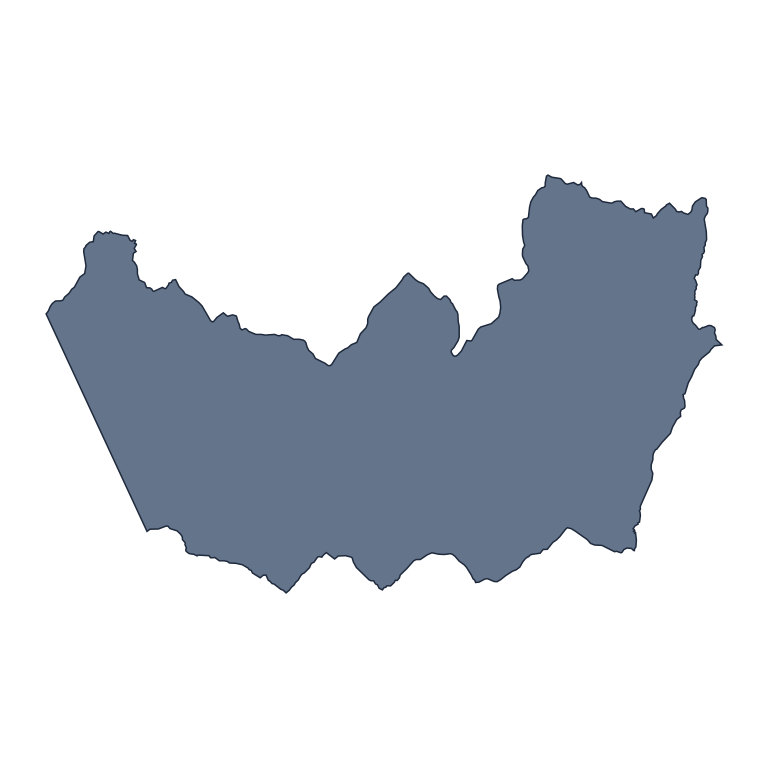 the district of Calima, Valle del Cauca, Colombia
{"feature_id": "7082276B94395141643556", "entity_name": "Calima", "entity_type": "district", "adm_level": 2, "iso_a3": "COL", "parent_name": "Colombia", "parent_adm1": "Valle del Cauca", "projection": "equal_earth", "projection_center": [-76.599, 3.955], "detail": "fine", "context": "isolated", "style": "filled", "palette": "slate", "viewbox_px": 768, "rotation_deg": 0, "n_neighbors": 0, "source": "geoboundaries", "source_scale": "gbopen_adm2", "svg_char_len": 6109}
<svg xmlns="http://www.w3.org/2000/svg" viewBox="0 0 768 768"><path d="M581.5,182.5L580.2,184.2L578.9,184.7L577.7,184.9L573.6,182.5L567.2,184.2L565.2,183.5L561.3,179.1L560.2,178.5L551.8,177.2L548.0,175.1L546.5,176.1L545.2,183.0L545.2,186.0L544.1,187.3L541.5,187.9L537.8,190.5L535.4,194.9L533.4,197.1L530.9,201.7L529.6,206.9L528.4,217.4L526.6,218.7L524.1,219.0L523.0,219.7L522.3,225.7L522.5,235.4L523.6,242.0L524.6,244.9L524.6,245.8L522.7,249.2L522.4,254.6L522.7,256.7L526.0,263.7L527.9,265.9L528.8,270.7L527.7,272.8L522.5,278.8L520.2,280.0L514.4,280.3L512.2,278.7L498.8,284.3L497.7,285.7L497.4,289.0L498.9,297.2L500.1,301.1L500.7,307.5L499.9,313.3L498.6,317.2L491.3,323.7L480.7,327.0L478.2,329.3L472.1,340.1L470.9,341.0L466.8,340.5L461.4,351.0L457.7,355.0L455.9,356.1L454.1,356.1L452.8,355.0L451.1,351.9L451.5,350.1L454.0,347.4L458.0,340.8L459.2,337.2L459.2,326.4L458.2,321.5L457.9,314.4L457.1,311.7L455.9,310.4L452.4,303.6L451.1,302.6L450.0,299.8L446.5,296.1L444.1,296.1L440.6,299.5L437.7,298.7L434.6,296.3L430.6,291.9L428.7,288.4L426.5,286.4L423.4,283.7L418.5,281.8L415.6,279.8L408.8,273.2L407.8,273.3L403.7,277.0L402.0,280.0L395.9,287.8L388.4,293.9L380.2,302.0L373.9,306.9L368.6,316.5L367.7,319.2L367.7,323.5L366.1,327.7L360.4,333.8L356.8,342.4L351.3,344.7L347.7,347.9L345.0,349.0L338.8,353.1L331.8,364.3L330.3,365.6L328.1,365.6L325.3,363.4L315.4,358.5L313.0,354.0L308.7,350.3L306.9,346.5L306.0,343.0L304.9,341.2L303.2,340.1L299.4,339.3L293.7,339.3L287.6,335.7L281.6,334.7L280.4,335.6L278.1,335.7L274.5,334.4L265.3,335.1L261.2,334.4L255.9,334.4L248.7,331.4L246.4,329.0L245.1,328.6L242.0,329.9L240.1,328.3L239.0,323.6L238.1,322.0L236.5,316.4L236.0,315.8L232.5,314.9L227.5,316.3L223.3,312.8L217.0,317.4L213.5,321.6L212.1,321.7L210.6,320.7L202.1,306.0L198.9,302.6L191.9,296.9L185.2,294.1L183.3,291.2L179.0,286.6L175.6,279.6L172.6,280.2L171.4,282.4L169.0,283.1L168.5,284.9L165.9,288.5L165.0,288.7L162.4,287.4L154.0,291.3L152.8,291.0L151.8,289.2L150.0,287.9L146.6,287.7L144.6,282.5L139.2,279.9L137.4,273.9L137.4,269.5L136.7,265.9L134.3,262.1L132.5,260.5L133.4,253.3L136.1,251.5L134.2,248.4L136.4,244.7L136.3,244.0L134.6,243.4L135.6,240.5L133.3,239.7L132.7,241.0L131.8,241.2L130.0,240.1L127.6,235.5L122.2,235.2L114.5,233.2L113.2,233.4L110.6,231.3L109.9,231.6L108.9,233.4L105.9,232.1L103.1,234.0L98.8,231.5L98.0,231.6L94.1,235.9L93.3,241.6L89.6,242.3L85.9,245.6L85.9,246.4L83.9,248.8L83.7,251.8L86.0,265.8L84.7,273.5L79.9,277.1L74.3,287.3L71.7,289.3L69.1,293.2L64.6,297.1L63.1,299.9L61.2,300.8L55.5,301.0L52.4,303.4L50.4,306.2L48.2,311.3L46.1,313.9L147.0,531.4L150.0,529.2L158.3,529.0L166.3,526.0L168.1,526.3L170.0,528.6L177.0,530.8L180.5,534.1L182.2,536.6L182.5,539.7L185.2,542.8L185.0,544.7L186.4,548.0L185.7,549.7L186.2,551.4L189.2,553.6L194.1,554.4L197.1,555.9L198.1,555.1L209.0,555.7L210.6,557.8L215.0,557.6L219.3,560.8L224.1,560.8L227.4,561.5L229.4,563.0L235.8,563.3L242.3,564.7L248.1,568.1L249.1,569.6L251.2,570.4L252.5,573.0L260.2,577.8L263.3,575.2L266.0,575.1L268.3,580.3L269.9,581.2L272.1,583.6L274.0,584.0L280.8,589.3L283.2,590.2L286.1,592.9L289.3,590.2L291.4,587.3L294.3,584.8L295.3,582.7L298.1,580.2L300.8,575.5L302.4,573.8L304.2,573.0L309.5,567.7L310.8,564.5L311.8,563.2L314.0,562.2L317.6,557.0L319.6,556.6L321.8,557.2L323.4,555.0L326.3,552.6L334.6,559.0L338.3,556.0L345.6,555.7L351.1,557.1L352.2,557.9L353.4,562.1L356.4,567.5L369.0,579.8L371.1,580.8L373.6,580.8L375.5,583.9L377.5,584.9L379.2,588.3L382.4,589.9L384.0,587.7L385.9,587.2L386.9,585.8L390.6,585.9L394.3,582.3L395.3,580.2L397.2,580.5L399.4,577.9L400.2,575.0L406.7,568.7L413.6,560.9L416.0,559.6L420.3,559.5L427.4,554.7L431.9,552.8L438.7,554.2L444.1,554.5L450.4,553.7L452.4,554.3L455.2,556.5L459.1,561.1L464.2,564.8L466.4,567.2L471.3,575.0L473.0,578.7L474.8,580.3L475.6,582.5L479.1,582.1L484.7,579.1L487.5,578.7L494.1,581.5L497.1,581.7L500.6,579.7L505.8,575.5L512.5,571.2L516.2,569.8L519.8,567.1L522.8,561.8L525.4,558.6L528.1,556.6L528.6,556.8L529.8,555.3L531.7,554.4L540.2,553.2L543.1,549.5L547.3,549.3L552.8,542.4L556.4,540.0L559.8,536.6L565.6,529.2L567.4,527.7L571.3,528.7L575.2,531.1L587.4,539.7L590.5,543.4L594.5,545.0L602.0,545.4L614.5,551.7L616.6,551.3L620.9,552.8L622.0,552.4L623.8,549.6L627.0,548.0L631.5,548.5L633.6,550.5L634.4,550.6L634.5,549.1L635.9,546.8L636.4,540.2L635.6,533.4L635.3,533.7L634.6,533.0L634.9,532.3L633.5,531.4L634.0,530.4L635.0,531.6L634.4,529.8L633.1,528.8L635.0,525.9L638.1,524.1L637.9,522.8L639.5,522.1L640.4,515.5L640.0,512.1L639.4,510.9L640.4,509.4L640.3,506.2L651.9,480.0L652.8,473.5L651.2,469.2L651.2,464.9L652.9,459.5L652.9,456.1L653.5,453.2L655.5,449.6L656.7,449.3L662.0,442.4L670.4,433.4L672.5,427.1L676.8,419.4L680.7,416.3L680.3,412.5L681.2,409.8L684.4,408.1L685.0,406.7L684.6,400.7L683.7,398.5L683.1,394.7L685.0,393.6L688.3,382.8L691.7,376.5L694.6,369.4L698.3,364.5L699.5,361.0L701.8,358.2L709.5,351.9L711.0,349.4L714.5,345.9L721.9,344.9L716.1,339.4L715.9,336.2L714.5,332.8L715.2,329.8L714.5,327.6L711.0,325.6L708.6,325.5L703.7,327.5L702.6,327.4L700.0,329.2L698.5,329.1L695.7,325.4L693.0,322.9L691.8,320.3L691.8,318.5L692.4,316.2L693.8,315.9L694.6,313.6L695.5,309.9L695.4,307.6L696.6,305.4L696.6,303.1L697.1,302.0L696.9,301.2L694.5,299.8L694.9,297.2L694.6,295.3L695.0,294.0L694.8,291.0L696.3,288.9L696.1,286.7L697.1,285.0L695.5,280.3L694.2,278.3L695.7,274.9L697.5,275.0L698.4,273.4L698.5,270.4L700.4,267.3L700.8,260.3L702.5,256.5L702.0,254.4L703.6,253.2L704.4,251.3L703.9,247.3L705.2,245.4L705.3,242.3L706.3,240.7L706.6,239.3L706.3,231.6L704.2,219.2L705.2,216.3L707.3,213.4L707.8,211.4L707.9,208.1L706.5,206.3L706.2,199.4L705.0,198.3L701.7,197.7L695.3,201.9L692.5,206.0L691.9,209.8L691.0,211.9L688.0,214.4L683.4,212.9L681.6,211.4L679.0,212.0L676.6,211.4L675.3,209.1L669.5,203.2L666.4,204.9L665.7,206.1L661.2,209.4L657.4,213.7L656.5,215.5L653.3,218.0L651.4,214.0L644.6,212.7L644.2,209.3L643.6,208.7L641.4,208.5L635.7,211.7L633.4,208.9L630.4,209.0L625.6,206.4L620.8,201.1L616.6,201.2L613.8,202.0L612.5,203.0L610.3,203.0L602.4,201.6L599.6,199.4L596.3,198.2L591.8,198.0L589.6,196.9L586.6,190.5L584.8,187.9L582.4,186.2L581.8,185.1L581.5,182.5Z" fill="#64748b" stroke="#1e293b" stroke-width="1.5"/></svg>